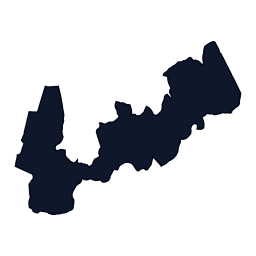 outline of Emgwen, Rift Valley, Kenya
{"feature_id": "3690345B72129784812762", "entity_name": "Emgwen", "entity_type": "district", "adm_level": 2, "iso_a3": "KEN", "parent_name": "Kenya", "parent_adm1": "Rift Valley", "projection": "equal_earth", "projection_center": [35.105, 0.189], "detail": "fine", "context": "isolated", "style": "filled", "palette": "ink", "viewbox_px": 256, "rotation_deg": 0, "n_neighbors": 0, "source": "geoboundaries", "source_scale": "gbopen_adm2", "svg_char_len": 5850}
<svg xmlns="http://www.w3.org/2000/svg" viewBox="0 0 256 256"><path d="M147.2,169.7L150.9,164.6L152.9,156.5L159.8,164.0L161.3,166.0L161.9,165.5L163.2,164.8L163.9,164.5L164.6,164.0L165.2,163.8L165.8,163.5L166.4,162.9L167.1,162.2L167.6,161.8L168.0,161.5L168.4,161.1L168.9,160.7L169.3,160.5L170.3,160.1L171.5,159.3L172.6,158.6L173.2,158.1L173.9,157.5L174.5,156.8L175.0,156.1L175.4,155.7L175.9,155.2L176.3,154.5L176.6,153.8L176.9,153.0L177.3,152.3L177.7,151.4L177.8,150.5L177.9,149.6L178.0,148.6L178.2,147.5L178.7,145.7L179.5,143.9L179.9,143.0L180.2,142.0L180.2,141.2L180.2,140.3L179.9,139.1L181.6,139.2L183.4,139.1L185.1,138.7L185.6,138.5L186.0,138.3L187.2,137.4L187.6,137.0L189.3,135.2L190.1,134.2L190.5,133.5L190.8,131.9L190.9,131.2L190.8,130.5L190.6,128.9L190.7,128.1L191.2,126.4L192.2,124.7L194.6,123.1L195.2,123.3L195.7,123.8L196.1,124.0L196.6,124.1L197.3,124.1L197.6,125.3L197.6,126.0L197.3,128.1L197.1,128.8L197.8,129.1L200.4,129.2L201.6,129.0L202.5,128.5L203.1,128.2L203.6,127.7L203.7,126.9L203.7,126.2L203.7,125.5L203.8,124.7L203.8,123.9L203.4,121.6L203.2,120.7L202.9,120.0L202.3,118.5L202.1,117.7L201.9,116.9L202.6,116.5L203.5,116.1L204.3,115.7L204.9,115.2L206.2,114.0L206.9,113.4L207.5,113.3L208.2,113.4L208.6,113.5L209.1,113.7L209.9,113.7L210.6,113.8L211.2,113.6L211.8,113.6L212.3,113.8L213.0,114.0L214.2,114.6L214.8,114.4L215.5,114.5L216.4,114.3L218.3,113.8L219.9,113.5L220.8,113.2L221.5,113.0L222.5,112.2L223.4,112.6L224.0,112.7L224.6,112.8L227.3,112.7L227.9,112.7L229.9,113.0L231.4,112.4L231.6,111.7L231.8,110.8L232.2,110.2L232.8,109.8L233.7,109.1L234.2,108.6L235.5,107.4L236.9,106.6L237.5,106.2L238.2,105.5L238.7,104.8L239.1,104.0L239.3,102.9L239.3,102.1L239.3,101.2L239.4,100.3L239.5,99.3L240.0,97.8L240.1,97.0L240.2,96.0L240.6,93.3L239.9,91.6L239.4,90.9L238.8,89.6L237.4,86.7L237.1,86.1L234.8,81.3L232.9,77.6L231.8,75.7L231.2,74.2L228.6,69.0L226.6,65.2L223.9,59.8L223.3,58.4L222.9,57.9L220.9,53.9L219.4,52.7L219.0,50.6L218.8,49.9L218.5,49.2L214.7,42.1L213.3,41.7L211.7,42.3L210.1,43.0L207.2,44.8L204.8,46.7L204.1,49.4L203.8,51.8L203.6,53.9L203.1,55.9L202.9,58.8L203.3,61.3L203.7,63.0L202.9,64.8L202.3,64.6L201.0,63.8L199.7,62.2L198.1,61.2L195.3,60.2L194.9,60.9L193.2,60.4L192.7,60.0L191.9,59.0L190.6,57.6L189.0,58.0L187.4,59.3L185.7,60.6L183.4,60.9L181.9,61.9L178.0,62.2L176.7,63.8L175.2,65.1L173.5,66.0L172.1,66.8L170.9,68.2L169.5,68.3L167.5,71.0L165.6,72.4L164.0,73.6L163.4,75.2L165.1,75.8L166.6,76.0L167.6,76.2L167.9,77.7L168.0,79.5L168.3,81.2L169.0,83.7L170.1,85.9L171.1,88.2L169.9,90.3L169.8,92.5L172.1,97.1L171.4,98.7L167.0,94.5L165.5,95.3L164.7,96.5L164.4,98.9L162.3,104.4L162.3,108.4L161.6,110.9L160.0,112.6L158.3,114.3L156.4,115.5L155.1,115.3L153.2,114.7L152.6,112.9L151.7,111.3L150.6,109.7L149.4,108.3L148.0,107.3L146.4,106.6L145.2,109.4L144.0,112.3L140.2,115.7L138.3,115.8L136.7,116.1L135.4,114.7L133.9,114.4L132.4,114.8L130.6,115.2L131.6,113.2L131.4,111.4L131.2,109.5L129.9,105.1L128.7,104.8L126.9,104.7L125.1,103.9L123.7,103.1L122.2,103.0L120.1,103.0L118.3,102.1L116.7,101.9L116.2,101.8L115.4,104.2L115.4,106.2L115.7,108.0L117.1,110.3L117.5,113.4L118.8,115.4L119.4,117.2L119.0,117.4L116.4,119.8L115.4,120.7L115.0,121.0L113.7,121.9L111.8,122.3L110.3,122.2L108.7,122.5L105.6,124.2L104.1,124.1L103.4,123.9L102.0,123.3L101.3,123.0L99.6,123.1L100.3,125.4L99.9,127.0L99.0,128.4L97.1,129.6L96.5,131.8L97.2,134.3L97.8,136.5L98.5,138.5L99.3,141.2L101.4,147.2L99.7,149.4L99.0,151.8L99.0,153.8L99.9,155.5L98.9,157.2L96.7,158.5L94.9,159.2L93.4,161.9L92.8,164.2L91.3,165.7L88.7,166.9L87.0,164.8L85.5,165.0L84.5,164.0L83.1,164.3L81.3,163.2L79.2,163.5L77.3,162.8L77.2,160.2L76.1,161.7L74.9,162.5L73.6,163.5L72.1,162.2L70.3,161.5L68.9,159.8L67.5,158.6L66.1,157.1L65.0,154.9L65.1,152.3L65.1,150.3L62.7,149.8L60.6,149.6L59.2,150.4L57.0,150.6L56.0,151.5L55.1,148.6L55.0,146.6L55.6,145.8L56.6,144.8L58.0,143.9L59.3,143.3L60.8,141.6L62.2,139.1L62.9,136.6L62.2,134.9L62.0,132.6L61.7,130.8L62.2,129.1L62.2,125.6L63.4,121.3L63.5,120.5L63.1,119.1L63.6,116.4L63.6,115.4L63.6,114.3L63.3,112.5L62.9,110.3L62.4,107.5L62.1,105.1L61.7,102.9L60.8,97.6L60.5,96.0L60.1,94.3L59.5,92.1L59.1,90.0L58.4,87.3L58.3,86.4L56.1,86.7L55.3,86.6L50.4,87.0L48.4,87.1L47.8,87.0L45.4,86.5L40.4,102.8L37.7,112.0L36.3,112.2L35.6,112.2L32.2,112.1L29.2,111.9L28.1,116.9L27.8,118.3L27.3,119.2L27.4,119.8L26.5,123.6L24.4,132.3L24.3,133.2L24.5,133.9L23.8,135.1L23.5,135.6L22.2,139.1L21.8,139.7L21.7,140.4L22.1,140.8L22.6,141.6L23.1,142.3L24.2,142.9L24.0,144.1L23.5,145.7L22.8,147.3L22.5,148.0L22.3,148.8L21.8,150.9L21.6,151.5L21.4,152.1L20.5,153.9L20.0,154.1L18.9,154.6L18.4,155.0L17.3,155.2L17.4,156.1L17.3,157.0L16.1,162.3L15.4,166.2L32.7,174.1L33.5,176.9L33.1,179.1L31.4,180.8L30.4,182.7L29.2,184.0L29.6,190.1L29.9,194.5L30.5,197.1L29.5,200.3L29.0,202.9L29.2,205.4L29.6,207.7L30.9,207.8L31.6,208.4L32.2,209.0L32.9,210.3L33.2,211.3L34.5,211.9L35.0,212.3L35.6,212.5L37.8,212.8L39.9,210.8L43.0,211.4L45.1,211.6L46.4,211.9L46.9,212.0L47.5,212.0L48.7,213.2L50.5,213.6L52.1,214.3L54.8,214.3L56.6,213.8L59.4,213.8L61.1,213.2L62.8,212.9L64.4,212.7L66.3,212.2L66.9,211.9L68.3,211.1L69.0,210.8L71.4,209.8L72.8,208.6L73.1,206.5L73.5,204.2L73.7,201.9L73.6,199.7L72.1,197.2L71.9,194.1L72.6,191.8L73.6,189.8L74.7,187.9L75.9,185.7L77.8,184.1L79.9,182.9L81.0,181.5L81.6,180.1L82.0,177.1L83.5,179.0L85.8,179.8L87.7,179.6L89.1,179.0L90.7,178.6L92.9,179.6L95.7,180.4L98.1,180.2L100.1,179.7L101.4,180.7L102.6,182.0L104.7,182.0L106.9,181.2L108.5,180.3L109.6,178.2L109.9,176.2L110.8,174.6L111.8,172.8L112.3,171.7L113.2,170.3L113.8,168.6L115.0,169.3L116.0,169.6L117.5,169.8L118.3,167.8L118.8,166.7L120.0,165.1L120.6,164.8L121.7,164.1L124.6,162.5L125.9,162.4L127.2,162.1L128.6,162.2L129.0,162.3L131.3,163.1L131.9,163.5L133.2,164.7L134.4,166.5L135.8,168.8L137.5,170.7L139.0,170.5L140.6,169.0L142.6,168.4L144.3,168.4L145.6,169.7L147.2,169.7Z" fill="#0f172a" stroke="#020617" stroke-width="1.5"/></svg>